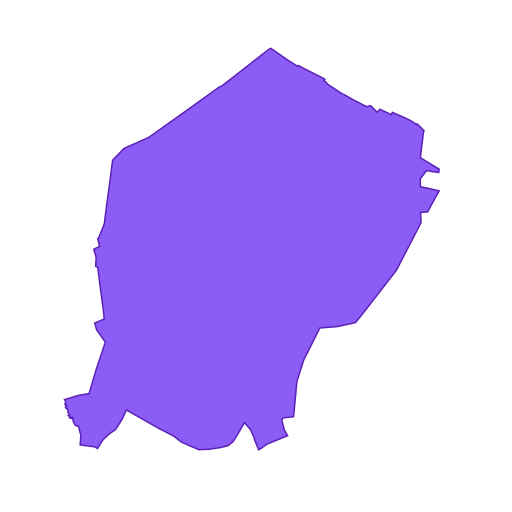 outline of Cesvaine, Cesvaines, Latvia, rotated 276°
{"feature_id": "27541924B54491837054784", "entity_name": "Cesvaine", "entity_type": "district", "adm_level": 2, "iso_a3": "LVA", "parent_name": "Latvia", "parent_adm1": "Cesvaines", "projection": "mercator", "projection_center": [26.306, 56.965], "detail": "fine", "context": "isolated", "style": "filled", "palette": "violet", "viewbox_px": 512, "rotation_deg": 276, "n_neighbors": 0, "source": "geoboundaries", "source_scale": "gbopen_adm2", "svg_char_len": 3020}
<svg xmlns="http://www.w3.org/2000/svg" viewBox="0 0 512 512"><g transform="rotate(276 256 256)"><path d="M172.0,102.8L171.8,102.9L171.6,103.0L171.3,103.1L171.1,103.2L168.5,104.2L165.8,105.3L154.6,115.2L126.4,108.9L101.8,104.4L98.8,93.9L97.9,91.7L93.3,81.0L93.3,80.6L91.6,81.7L89.9,81.8L88.9,81.7L88.7,82.7L88.4,82.7L88.2,82.7L87.9,82.1L87.6,82.8L87.1,83.3L86.4,83.3L86.0,82.4L85.5,82.3L84.4,83.3L84.4,83.7L84.4,84.0L84.2,84.1L83.9,84.2L83.5,84.7L83.1,85.1L82.6,85.1L82.0,85.2L81.3,85.3L80.6,85.4L80.2,85.8L79.9,86.3L79.4,86.9L79.0,87.4L78.6,87.1L78.4,86.7L78.2,86.2L77.7,85.9L77.6,86.2L77.4,86.8L76.9,87.1L76.6,87.7L76.4,87.7L75.5,87.4L75.3,88.3L75.2,89.1L75.4,89.3L75.5,89.5L76.0,89.7L76.5,90.0L76.1,90.4L75.7,90.8L75.2,90.7L74.7,90.6L74.3,90.7L73.9,90.9L73.4,91.3L72.8,91.7L72.3,91.7L71.9,91.7L71.5,92.1L71.2,92.5L70.4,92.8L69.6,93.2L68.9,94.1L68.2,95.0L68.5,97.1L66.2,98.0L63.2,99.0L59.9,100.4L55.7,100.7L49.7,100.9L49.7,101.6L49.3,115.8L47.9,118.4L51.2,120.0L57.1,123.0L59.3,124.8L63.8,128.8L66.1,131.4L68.6,134.4L79.4,139.8L89.3,143.2L74.3,177.5L71.3,185.3L68.2,193.1L63.1,201.3L61.0,208.0L60.8,208.7L60.5,209.3L59.0,214.3L57.4,219.2L58.9,229.7L60.0,233.9L61.1,238.1L61.4,239.3L61.7,240.5L64.4,248.0L69.0,252.6L75.8,256.0L89.1,262.0L82.8,268.6L76.9,272.0L76.4,272.6L74.9,273.3L74.0,273.3L63.5,278.9L64.9,280.8L70.0,286.6L80.6,306.2L86.1,302.3L95.8,298.7L97.9,300.3L100.1,310.2L100.8,310.2L101.3,310.2L107.8,310.1L135.5,309.8L157.4,314.3L191.1,327.0L194.1,343.4L198.0,355.5L200.2,362.0L213.5,370.5L214.6,371.2L217.4,372.9L236.1,384.5L238.0,385.7L256.4,397.1L263.6,399.9L274.8,404.3L286.0,408.7L296.3,412.7L306.6,416.7L316.5,415.1L317.8,422.1L321.7,423.7L325.6,425.3L332.8,428.3L340.0,431.4L340.6,426.1L341.2,420.9L341.7,416.6L342.2,412.2L346.1,411.8L349.9,411.3L354.3,414.0L358.8,416.7L358.4,422.9L358.1,429.0L361.5,429.1L370.9,409.2L384.2,409.4L397.5,409.6L398.1,410.1L401.4,406.1L404.2,402.5L403.6,402.0L407.1,395.0L408.3,391.5L409.7,387.3L410.5,384.9L413.1,376.6L410.7,375.8L414.9,363.9L411.6,361.5L417.1,354.9L417.4,353.2L416.7,351.9L416.0,350.6L417.7,346.2L419.5,341.8L420.2,339.8L420.9,337.9L421.2,337.0L424.3,330.1L426.8,323.8L433.4,311.1L434.6,308.8L436.4,307.5L436.7,306.8L437.4,305.1L439.0,306.0L440.2,303.3L442.1,298.3L442.2,298.0L447.6,283.7L449.9,278.3L448.9,277.8L450.6,274.4L454.1,267.2L460.7,255.3L464.1,248.9L462.7,247.0L458.4,242.5L456.8,240.8L446.6,230.2L446.2,229.9L445.9,229.5L445.6,229.2L445.3,228.9L433.6,216.8L422.0,204.7L420.9,203.1L419.9,201.4L395.1,173.6L381.6,158.3L377.4,153.5L373.1,148.7L362.8,136.9L360.4,132.9L355.9,125.2L354.8,123.2L353.7,121.2L351.4,117.3L349.1,113.4L336.3,103.4L315.8,102.9L295.4,102.3L293.9,102.2L292.5,102.2L289.9,102.1L287.3,102.1L279.8,101.9L272.3,101.8L269.2,101.0L256.9,97.4L256.7,96.8L249.1,99.4L248.8,98.9L246.2,94.6L245.7,93.9L241.4,95.8L237.6,97.2L229.0,97.6L228.5,98.8L228.2,99.8L222.6,101.1L207.6,104.6L197.4,107.1L187.2,109.6L186.4,109.8L185.6,110.0L177.4,111.6L172.5,102.6L172.0,102.8Z" fill="#8b5cf6" stroke="#5b21b6" stroke-width="1.5"/></g></svg>